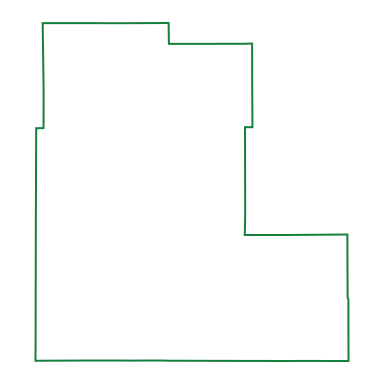 outline of Otero, New Mexico, United States of America
{"feature_id": "52423323B11196773939758", "entity_name": "Otero", "entity_type": "district", "adm_level": 2, "iso_a3": "USA", "parent_name": "United States of America", "parent_adm1": "New Mexico", "projection": "robinson", "projection_center": [-105.633, 32.696], "detail": "fine", "context": "isolated", "style": "outline", "palette": "green", "viewbox_px": 384, "rotation_deg": 0, "n_neighbors": 0, "source": "geoboundaries", "source_scale": "gbopen_adm2", "svg_char_len": 750}
<svg xmlns="http://www.w3.org/2000/svg" viewBox="0 0 384 384"><path d="M347.4,234.5L286.6,235.0L244.8,235.0L245.2,214.1L245.0,127.2L252.4,127.2L252.4,117.3L252.2,85.8L252.1,43.6L239.0,43.8L168.9,43.9L168.6,23.0L167.3,23.0L127.0,23.2L42.7,23.1L43.6,89.8L43.6,105.2L43.5,128.1L36.2,128.2L35.8,235.5L35.6,341.2L35.5,355.5L35.5,360.8L46.0,360.7L46.5,360.7L48.6,360.7L70.6,360.6L71.6,360.6L75.5,360.6L87.0,360.5L102.4,360.5L113.1,360.5L133.0,360.6L136.0,360.6L142.6,360.5L163.7,360.5L167.7,360.7L229.5,360.9L229.9,360.9L237.4,360.9L285.8,361.0L286.6,361.0L287.0,361.0L290.1,361.0L290.5,360.9L293.2,361.0L301.3,360.9L301.6,360.9L334.0,361.0L348.5,361.0L348.4,299.5L347.6,297.8L347.4,243.4L347.4,234.5Z" fill="none" stroke="#15803d" stroke-width="2"/></svg>